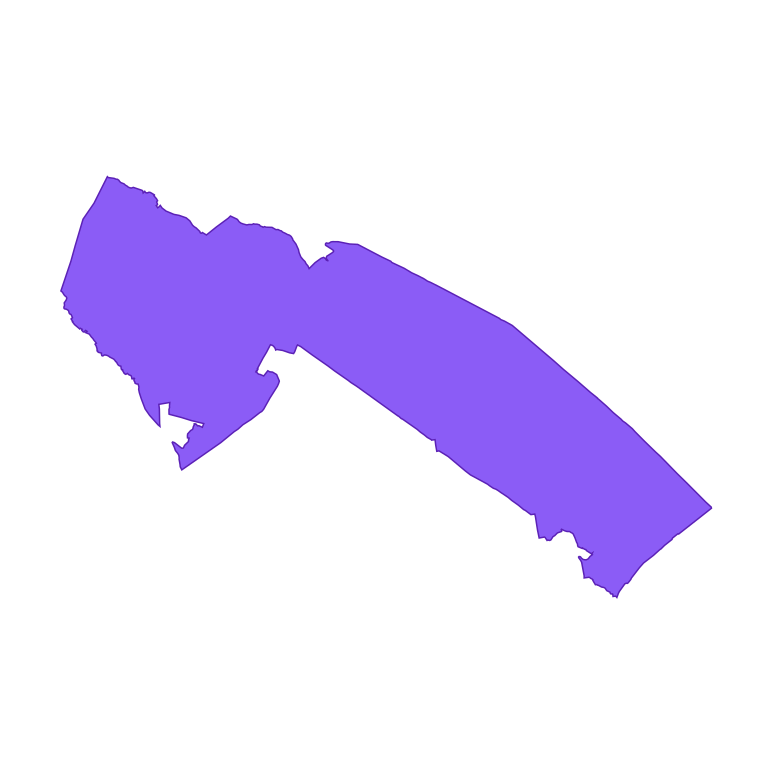 Cristinesti, Botosani, Romania, rotated 352°
{"feature_id": "2599482B10546697969723", "entity_name": "Cristinesti", "entity_type": "district", "adm_level": 2, "iso_a3": "ROU", "parent_name": "Romania", "parent_adm1": "Botosani", "projection": "albers", "projection_center": [26.378, 48.088], "detail": "fine", "context": "isolated", "style": "filled", "palette": "violet", "viewbox_px": 768, "rotation_deg": 352, "n_neighbors": 0, "source": "geoboundaries", "source_scale": "gbopen_adm2", "svg_char_len": 6129}
<svg xmlns="http://www.w3.org/2000/svg" viewBox="0 0 768 768"><g transform="rotate(352 384 384)"><path d="M670.9,525.3L661.6,513.2L647.6,494.1L643.6,489.3L634.2,477.2L625.9,466.1L623.7,462.8L617.8,456.2L615.2,453.8L613.9,451.9L607.0,444.2L601.1,436.7L594.1,428.6L593.4,428.1L593.5,427.7L587.3,421.1L576.1,408.2L563.7,394.5L555.2,384.5L519.2,343.9L512.1,338.5L508.5,336.4L507.6,335.2L505.1,333.4L451.8,295.1L444.3,289.9L441.4,288.2L438.5,285.6L432.9,281.6L426.7,277.6L420.2,272.3L408.7,264.8L407.8,263.4L399.6,258.0L377.4,242.1L369.5,240.6L358.4,236.7L353.1,235.9L351.3,235.9L349.4,236.8L348.2,236.9L346.6,236.3L345.8,236.7L345.5,237.3L345.4,238.2L345.7,238.7L351.4,243.6L352.5,244.8L352.6,245.5L352.1,246.1L350.8,246.9L345.1,249.5L344.3,251.1L344.5,252.1L345.6,253.9L345.5,254.1L344.2,253.4L343.5,251.8L341.9,250.2L339.3,250.7L332.7,254.2L325.9,259.3L325.1,256.4L323.6,254.1L322.8,251.7L321.1,249.5L319.3,246.5L318.2,242.1L318.0,239.0L316.3,233.2L313.8,228.6L313.7,227.5L312.6,225.0L311.2,223.5L309.0,222.4L307.5,221.2L304.7,219.4L303.7,218.1L302.4,217.6L300.6,216.3L298.5,216.1L294.9,213.3L289.1,212.3L287.5,211.5L286.1,212.0L285.4,211.3L283.6,210.4L282.7,209.0L280.7,208.1L278.2,207.7L277.2,207.2L275.4,207.7L272.5,207.2L270.3,207.4L266.8,205.9L264.6,204.7L263.1,203.2L261.8,200.7L261.1,200.1L255.3,196.3L252.9,198.1L239.8,205.2L228.9,211.7L225.2,208.7L224.4,209.3L223.3,208.9L223.0,208.4L222.9,207.4L219.7,203.3L217.9,201.8L216.5,200.1L214.4,195.4L211.2,191.9L204.6,188.5L199.6,186.8L192.2,182.4L188.7,178.8L187.3,176.0L185.4,177.6L184.4,178.0L183.3,175.6L184.7,174.9L184.6,173.5L184.2,172.6L184.2,172.0L185.3,171.0L184.5,168.9L182.3,165.5L183.0,164.9L182.9,164.7L180.7,162.9L179.3,161.8L178.4,161.5L177.9,161.4L176.5,161.8L175.1,161.6L174.5,161.2L173.9,159.9L172.1,161.3L171.9,159.1L171.3,158.5L163.1,154.4L160.9,154.8L159.0,154.0L157.9,153.2L157.3,152.4L155.6,151.1L154.4,149.6L151.4,147.9L150.4,146.6L149.8,145.4L148.6,144.2L147.0,143.8L145.4,142.8L140.1,141.3L139.4,140.9L138.9,140.2L122.0,164.6L108.9,178.9L97.4,204.2L91.1,218.7L77.0,246.9L78.3,248.3L79.5,251.0L80.2,252.2L81.3,253.2L81.8,254.4L81.7,255.2L80.9,256.7L78.6,259.2L78.6,261.2L78.4,262.1L77.7,263.3L77.7,264.7L78.2,265.2L80.0,265.8L81.6,267.2L81.8,267.5L82.1,270.0L82.3,270.4L82.6,270.9L83.8,271.6L84.7,274.7L84.7,275.1L83.3,275.8L83.2,276.1L84.5,278.8L84.1,279.0L85.8,282.1L90.4,287.2L91.1,286.6L92.7,287.8L92.2,288.3L92.2,288.7L93.3,290.4L93.8,290.7L94.3,290.6L96.0,289.4L97.3,290.5L95.7,291.6L99.1,293.6L100.8,296.8L102.0,298.4L102.7,300.0L104.2,302.4L104.8,303.6L103.6,304.1L103.4,304.5L104.1,305.8L104.4,307.0L104.8,309.7L104.5,310.3L104.5,310.8L105.0,311.4L104.7,311.8L105.6,312.9L108.5,314.1L108.3,315.3L108.5,316.6L109.1,317.0L109.7,317.0L111.2,316.3L113.3,316.9L115.1,318.0L116.1,319.1L119.8,321.7L121.1,323.6L121.3,324.4L122.0,324.9L122.5,325.8L122.6,326.5L123.5,328.3L124.5,329.2L125.9,329.7L125.9,332.6L126.5,333.6L127.0,333.4L127.2,333.6L127.2,334.9L127.7,335.9L127.9,336.9L128.6,337.3L128.8,338.0L129.7,338.5L131.3,337.8L132.7,339.4L134.3,340.3L134.8,340.8L135.1,342.7L135.0,343.3L135.2,343.9L136.2,343.9L137.1,343.4L137.5,343.6L137.7,343.8L137.1,344.6L136.9,345.9L137.6,347.5L137.5,348.4L138.7,349.4L140.5,349.9L140.9,352.9L140.3,355.1L140.5,358.6L141.6,365.0L144.0,375.5L147.5,382.4L154.5,392.9L156.2,394.8L156.3,392.1L158.1,377.4L158.2,372.8L169.3,372.5L168.5,375.8L168.4,377.3L167.5,379.4L166.9,383.9L167.1,384.1L178.6,388.9L188.1,393.4L200.0,398.1L198.1,401.6L194.8,399.5L193.9,399.6L193.4,399.4L192.7,398.0L191.9,397.3L190.5,397.0L190.4,397.3L190.8,397.9L190.1,398.4L189.2,399.8L188.4,401.9L187.5,402.6L186.0,403.2L182.6,406.1L182.1,408.0L181.9,410.0L183.5,410.5L182.7,412.1L182.3,413.8L178.0,416.9L176.5,419.3L176.1,419.5L175.0,419.5L174.4,419.1L168.4,412.9L166.6,412.0L166.1,412.5L167.5,417.3L168.2,420.9L170.0,423.9L170.9,426.0L170.9,428.7L170.6,429.9L170.8,435.2L170.7,437.7L171.8,440.9L214.1,419.4L229.1,410.3L233.1,408.4L238.6,404.7L247.3,400.7L257.1,395.0L259.1,394.2L261.2,392.4L269.1,382.0L278.1,371.4L279.6,369.0L280.7,366.8L280.7,366.2L279.0,359.7L275.3,356.7L272.5,356.0L270.8,354.7L266.0,359.3L262.5,357.2L261.4,356.9L260.7,356.3L259.5,354.6L258.8,354.2L259.6,353.0L260.0,353.5L261.3,351.7L261.3,351.2L260.9,351.0L267.8,341.5L272.1,336.2L277.0,329.3L279.0,330.3L280.1,331.5L281.1,333.4L281.5,335.3L282.6,334.9L288.4,336.7L294.9,340.0L298.7,341.3L300.1,339.6L302.8,334.6L303.8,333.3L306.8,335.4L316.7,345.0L331.1,358.4L337.0,364.3L349.0,375.4L351.4,377.9L356.6,382.4L393.5,417.7L393.9,417.8L396.4,420.8L397.4,421.3L410.5,433.5L413.3,436.7L416.9,440.1L419.4,442.9L423.2,445.8L423.3,446.2L426.8,446.2L426.7,451.8L426.9,458.0L429.2,457.9L437.5,464.8L452.6,481.6L457.0,486.1L472.7,497.7L474.4,499.5L477.8,502.5L480.1,503.7L482.3,505.5L484.7,507.8L491.0,513.4L494.2,517.0L500.3,522.8L504.8,527.8L506.3,528.8L511.3,533.8L515.2,533.8L515.5,536.4L515.7,550.0L516.2,558.1L521.6,557.9L522.2,558.4L523.7,561.6L524.3,561.3L526.4,562.0L527.6,561.6L530.1,558.7L532.0,557.9L535.0,555.6L539.1,554.8L539.5,554.5L539.3,552.7L539.6,552.5L542.3,554.4L544.6,555.5L547.4,556.0L548.5,557.1L549.7,557.9L550.5,558.9L551.7,562.9L552.7,567.6L553.3,569.1L553.3,571.3L553.6,572.2L557.4,574.4L557.7,574.0L559.7,575.6L560.9,576.1L561.2,577.1L565.4,580.7L565.7,580.9L566.9,580.3L566.0,581.8L566.4,582.1L564.1,583.4L561.8,585.6L560.0,586.2L558.7,586.1L556.7,585.4L555.3,583.9L554.6,582.6L554.1,582.2L553.1,582.0L552.6,582.4L552.6,582.9L552.8,583.5L554.2,586.1L554.9,588.2L555.5,601.8L555.2,603.9L559.9,603.9L560.7,604.2L561.8,605.4L562.8,606.0L563.6,606.9L563.4,607.2L564.0,608.9L565.4,612.2L566.9,612.3L567.3,612.8L568.6,613.4L571.1,615.3L573.4,616.1L574.0,616.5L574.6,617.1L575.8,619.6L578.8,621.6L579.0,622.9L579.5,623.5L581.1,623.7L581.3,624.0L581.2,626.3L583.6,626.3L584.1,626.6L584.9,627.8L587.0,623.9L588.2,622.2L594.7,615.4L596.2,615.0L597.1,615.3L597.6,615.2L598.8,614.2L601.2,611.9L602.0,610.6L611.2,601.6L616.1,597.4L627.0,591.2L634.4,586.2L635.3,585.9L639.3,582.9L647.6,578.0L648.0,577.0L648.3,576.7L654.0,573.3L654.4,573.2L654.9,573.6L691.0,552.6L690.9,551.4L686.2,545.7L670.9,525.3Z" fill="#8b5cf6" stroke="#5b21b6" stroke-width="1.5"/></g></svg>